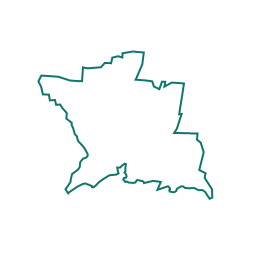 the district of New Haven, Connecticut, United States of America, rotated 13°
{"feature_id": "52423323B55561087422078", "entity_name": "New Haven", "entity_type": "district", "adm_level": 2, "iso_a3": "USA", "parent_name": "United States of America", "parent_adm1": "Connecticut", "projection": "equal_earth", "projection_center": [-72.92, 41.407], "detail": "fine", "context": "isolated", "style": "outline", "palette": "teal", "viewbox_px": 256, "rotation_deg": 13, "n_neighbors": 0, "source": "geoboundaries", "source_scale": "gbopen_adm2", "svg_char_len": 1988}
<svg xmlns="http://www.w3.org/2000/svg" viewBox="0 0 256 256"><g transform="rotate(13 128 128)"><path d="M172.5,72.0L160.4,73.9L154.2,79.5L153.9,74.6L150.7,75.2L149.8,83.1L147.7,82.6L143.9,81.7L141.1,77.1L135.2,77.6L124.5,79.2L124.8,78.3L127.6,62.7L126.4,50.9L120.1,51.8L115.4,52.4L105.9,56.4L106.6,60.6L102.3,60.3L98.8,62.0L96.9,63.0L97.0,68.7L95.3,68.9L90.7,69.9L88.0,74.9L75.3,78.9L70.5,79.1L72.7,92.7L69.0,93.5L60.7,94.8L48.8,93.7L31.8,96.4L30.2,102.6L34.3,107.7L37.5,114.4L43.4,113.3L45.7,118.7L50.5,117.1L52.8,121.6L56.5,120.4L59.7,123.4L65.0,127.2L65.8,132.7L72.0,135.6L72.3,137.6L74.6,140.5L77.5,145.9L80.3,147.8L80.7,149.1L82.5,152.0L88.6,156.2L90.8,158.2L94.4,162.2L95.0,164.2L94.1,166.0L91.0,168.1L89.2,171.7L89.7,177.2L88.6,179.9L83.9,185.4L83.8,190.7L84.1,193.7L80.9,201.8L84.4,205.1L85.0,204.0L91.5,196.9L96.4,192.8L98.6,191.7L99.9,191.8L105.6,192.6L106.1,192.9L106.1,193.4L106.2,193.7L107.5,193.6L109.3,191.7L111.7,187.6L114.6,184.1L120.6,178.2L121.2,178.0L121.8,177.8L127.1,176.0L127.7,175.5L129.0,174.3L127.8,172.2L126.9,170.1L126.8,169.9L126.4,169.0L129.2,168.3L131.1,165.4L132.7,163.6L134.1,163.7L134.1,164.1L134.5,168.1L135.2,170.6L134.6,172.2L136.6,173.6L137.5,175.5L137.3,176.7L135.2,177.8L135.0,179.2L135.1,179.5L135.8,179.8L136.5,180.2L137.4,181.2L139.0,180.4L140.6,181.0L145.6,180.3L145.9,180.1L147.4,179.5L148.3,176.9L148.9,176.6L154.1,176.5L156.0,177.4L156.1,178.0L163.3,174.4L164.2,173.9L171.3,173.2L172.1,173.2L170.6,181.6L180.0,175.8L182.5,177.4L182.8,178.4L182.2,179.1L182.9,180.5L186.9,180.4L187.9,179.8L189.2,178.3L189.3,176.3L192.4,173.2L194.8,172.5L196.8,173.5L197.0,173.6L200.1,173.2L206.1,171.6L210.8,172.7L214.5,171.7L217.5,172.9L223.4,178.6L225.8,176.9L223.7,168.9L213.9,159.3L213.7,154.6L206.9,152.9L207.2,134.5L202.2,126.0L197.8,123.8L197.0,117.7L190.8,119.1L189.5,119.2L183.4,120.5L176.1,122.0L174.1,122.5L175.8,117.6L176.7,106.2L177.1,102.3L174.8,103.1L174.4,98.4L173.4,83.3L172.5,72.0Z" fill="none" stroke="#0f766e" stroke-width="2"/></g></svg>